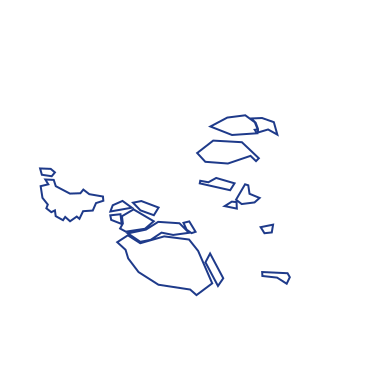 outline of Karimun, Kepulauan Riau, Indonesia, rotated 310°
{"feature_id": "22746128B38340908247842", "entity_name": "Karimun", "entity_type": "district", "adm_level": 2, "iso_a3": "IDN", "parent_name": "Indonesia", "parent_adm1": "Kepulauan Riau", "projection": "natural_earth1", "projection_center": [103.573, 0.836], "detail": "medium", "context": "isolated", "style": "outline", "palette": "blue", "viewbox_px": 384, "rotation_deg": 310, "n_neighbors": 0, "source": "geoboundaries", "source_scale": "gbopen_adm2", "svg_char_len": 1951}
<svg xmlns="http://www.w3.org/2000/svg" viewBox="0 0 384 384"><g transform="rotate(310 192 192)"><path d="M117.6,170.7L105.5,167.0L105.0,178.3L100.1,185.8L96.3,202.5L99.4,225.9L116.1,253.3L115.9,261.7L135.0,266.2L150.8,234.6L153.7,220.3L140.1,199.2L119.5,185.3L117.6,170.7ZM107.3,71.6L105.5,77.0L99.2,72.3L91.4,81.2L89.7,89.6L85.9,90.9L86.1,97.2L89.8,98.8L85.9,103.1L87.5,111.3L91.4,110.9L91.2,117.4L99.1,119.5L99.1,123.0L107.3,120.9L114.0,127.9L121.8,125.6L128.3,129.7L131.3,126.7L124.3,114.7L124.0,107.2L119.3,107.3L112.3,99.5L108.9,83.9L112.4,78.3L107.3,71.6ZM245.0,175.2L225.2,170.9L223.7,182.8L236.9,201.2L257.3,213.6L256.8,221.2L260.8,221.5L262.2,198.2L245.0,175.2ZM271.7,171.2L254.0,164.0L261.4,186.0L278.7,204.0L280.0,200.1L282.2,202.1L285.8,195.3L285.0,183.5L271.7,171.2ZM119.1,169.5L120.6,184.4L128.8,191.1L141.3,194.8L147.0,205.2L158.8,215.9L160.0,202.5L147.4,185.3L133.6,180.9L119.1,169.5ZM128.4,153.9L123.4,159.3L117.8,160.4L119.1,166.8L133.6,179.6L145.0,181.5L141.1,158.4L128.4,153.9ZM156.5,245.4L146.8,247.5L136.7,272.3L146.0,271.4L156.5,245.4ZM293.7,198.1L286.4,190.1L286.0,196.2L282.8,201.9L280.0,204.3L288.8,210.1L290.8,220.5L298.1,209.8L293.7,198.1ZM158.6,176.4L152.5,159.0L145.9,153.7L144.8,164.3L149.7,177.7L158.6,176.4ZM232.0,227.7L214.4,230.7L214.7,237.8L224.2,246.6L230.9,247.6L227.6,237.2L233.3,230.8L232.0,227.7ZM205.9,191.1L203.6,192.4L217.9,220.1L226.0,219.0L218.3,201.5L210.0,198.3L205.9,191.1ZM130.9,139.8L124.6,142.0L141.3,156.0L140.5,144.5L130.9,139.8ZM191.2,317.4L175.8,297.2L172.9,299.9L181.1,312.2L182.6,323.5L189.6,321.7L191.2,317.4ZM112.4,60.5L108.7,65.9L113.9,74.4L118.9,74.4L118.9,68.9L112.4,60.5ZM162.9,205.3L159.7,212.1L160.2,218.1L163.8,220.3L167.7,208.8L162.9,205.3ZM121.6,144.4L118.7,148.0L122.3,158.7L129.0,151.5L121.6,144.4ZM209.2,267.2L207.0,274.0L212.3,279.1L219.1,275.1L209.2,267.2ZM202.2,226.1L208.1,237.0L212.9,232.6L210.2,228.7L202.2,226.1Z" fill="none" stroke="#1e3a8a" stroke-width="2"/></g></svg>